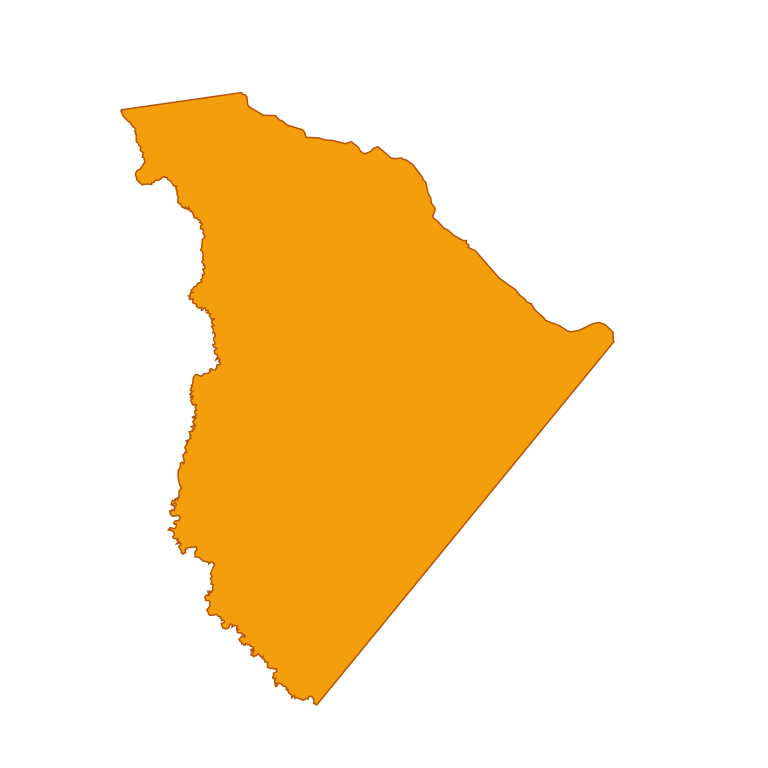 the district of Santa Rosalía, Vichada, Colombia, rotated 82°
{"feature_id": "7082276B93791485890149", "entity_name": "Santa Rosalía", "entity_type": "district", "adm_level": 2, "iso_a3": "COL", "parent_name": "Colombia", "parent_adm1": "Vichada", "projection": "mercator", "projection_center": [-70.657, 5.042], "detail": "fine", "context": "isolated", "style": "filled", "palette": "amber", "viewbox_px": 768, "rotation_deg": 82, "n_neighbors": 0, "source": "geoboundaries", "source_scale": "gbopen_adm2", "svg_char_len": 6152}
<svg xmlns="http://www.w3.org/2000/svg" viewBox="0 0 768 768"><g transform="rotate(82 384 384)"><path d="M75.6,484.3L75.9,605.6L76.9,605.4L77.0,606.4L82.2,605.0L88.4,600.7L90.0,598.5L91.3,598.6L94.8,596.4L94.9,595.5L97.3,594.4L99.2,595.8L100.6,594.6L101.3,595.3L103.0,594.6L109.4,595.6L111.7,593.7L114.0,593.3L115.2,591.9L118.8,592.8L121.9,590.0L123.9,591.2L125.3,590.8L125.7,591.6L126.9,590.0L131.2,590.1L137.6,595.8L137.6,597.5L139.0,599.5L141.7,601.0L148.0,600.0L153.1,595.8L152.9,590.9L154.1,586.3L152.4,586.0L152.2,583.5L150.2,581.8L151.0,578.9L148.3,573.9L148.2,571.8L148.8,571.9L149.5,569.8L151.4,569.7L153.1,567.1L158.8,564.4L159.3,561.9L161.0,562.9L164.0,562.2L168.0,562.5L169.7,561.7L175.6,562.9L177.9,560.2L180.6,559.3L182.5,556.5L181.1,556.0L183.2,554.8L182.1,553.0L184.0,553.8L184.0,551.8L186.1,551.9L185.9,550.6L190.7,548.8L192.3,549.1L193.6,547.7L193.3,546.3L195.5,545.2L196.4,543.3L197.9,543.0L198.3,544.0L200.5,541.6L201.4,543.2L204.7,544.2L205.4,542.0L206.7,541.5L209.6,542.3L212.4,540.7L213.9,541.3L215.6,543.8L223.8,545.5L226.0,547.0L227.6,545.3L231.6,545.1L233.4,546.1L235.3,545.7L237.8,547.4L240.0,545.8L241.5,546.3L241.2,545.5L242.7,544.9L245.0,546.1L245.1,547.4L250.1,546.4L251.0,547.3L250.2,548.6L254.0,548.9L255.3,550.9L257.5,550.3L258.4,554.7L260.8,556.2L261.6,559.0L263.5,560.3L263.8,561.7L265.6,562.0L266.6,560.8L266.7,562.8L268.8,563.5L269.6,565.3L270.7,564.0L271.7,564.9L273.3,564.7L273.2,561.2L277.0,562.1L278.8,558.7L281.1,558.8L283.1,556.8L282.8,554.0L285.3,554.7L285.8,554.3L283.5,550.8L284.7,550.0L286.5,550.4L286.7,547.9L288.3,548.1L288.8,549.5L290.6,546.1L292.2,547.5L296.0,545.7L295.6,542.5L298.0,546.1L299.7,546.1L302.7,544.3L302.9,546.8L306.3,545.2L309.6,546.3L309.5,545.1L311.0,544.2L311.9,544.9L313.5,544.5L314.4,546.1L316.1,546.7L320.3,545.4L321.0,545.9L321.0,547.9L321.8,548.1L323.7,547.2L325.7,543.9L325.6,545.2L327.6,547.5L330.5,547.2L332.0,545.0L333.2,544.7L336.7,547.1L335.7,543.7L337.5,543.0L338.6,544.5L340.3,543.2L341.7,543.3L342.1,547.0L344.5,547.5L346.7,549.3L346.6,551.4L344.7,552.9L345.3,554.7L347.7,554.6L349.0,556.9L348.7,560.9L351.0,563.7L348.2,569.1L350.8,571.8L357.8,573.7L358.7,575.1L359.4,574.4L363.0,576.6L363.3,575.7L364.5,575.8L364.7,574.4L367.3,577.7L370.0,574.6L370.5,575.8L369.5,576.7L370.4,577.5L372.2,575.9L373.1,577.6L377.4,576.6L378.7,575.6L377.8,574.1L378.4,572.7L380.8,574.2L383.9,573.2L384.0,575.0L386.2,575.6L388.7,574.2L390.0,576.4L389.5,577.1L390.1,578.3L391.1,577.7L391.5,576.3L390.5,576.1L391.3,574.8L394.9,578.7L399.1,576.3L399.8,577.6L398.5,578.6L399.6,579.6L399.0,581.5L402.1,577.8L403.0,580.4L404.1,580.1L404.2,583.3L408.3,583.2L408.5,582.3L409.8,583.3L410.9,583.1L411.2,584.3L413.7,586.0L412.3,586.4L412.8,587.9L415.0,586.9L419.2,590.1L423.8,588.8L424.0,590.7L425.4,591.3L426.2,593.0L433.8,592.6L435.2,593.6L433.3,594.5L434.0,596.6L438.0,597.3L441.3,599.9L448.0,600.9L454.2,600.5L459.4,598.9L459.8,600.4L460.9,600.6L461.8,601.9L467.8,602.7L467.9,604.2L469.8,604.3L468.7,605.6L468.8,607.0L470.6,606.9L469.8,609.7L473.9,611.7L474.7,610.5L472.8,607.7L473.2,606.8L474.7,606.5L475.6,609.3L477.6,607.6L478.6,609.1L480.0,609.2L479.0,611.5L480.1,612.4L479.9,613.9L483.5,613.4L485.3,612.2L485.8,608.7L485.2,607.1L487.2,604.1L491.0,606.3L490.3,607.7L490.8,610.3L492.5,611.7L493.5,611.4L493.5,609.4L496.3,609.6L497.7,610.7L498.0,611.9L496.5,616.0L498.5,617.9L499.9,614.1L501.5,612.6L504.1,612.6L505.9,614.5L507.6,613.8L508.6,609.4L510.1,610.8L511.3,609.2L513.4,611.6L513.4,609.1L512.5,608.5L513.9,607.4L514.7,607.4L516.4,609.9L521.3,607.8L522.9,608.4L523.2,607.0L524.6,606.8L523.2,604.0L520.3,604.0L519.9,602.2L518.8,601.4L519.1,592.6L522.0,592.4L523.9,594.6L528.8,595.2L530.1,591.0L533.9,588.1L536.0,582.8L537.8,582.6L535.9,579.6L538.6,576.8L548.0,582.3L550.4,580.9L552.5,583.1L554.6,582.0L558.0,583.2L558.9,580.9L560.6,581.9L564.0,582.2L566.3,583.7L564.8,585.1L567.5,585.9L565.3,586.4L564.9,587.3L568.7,586.7L568.2,589.1L570.2,591.0L573.4,590.8L574.2,587.7L575.3,586.7L579.9,587.5L583.2,590.9L588.4,589.1L589.2,586.9L588.9,581.8L591.3,580.2L591.6,578.2L593.1,578.5L594.2,577.3L595.6,577.9L595.9,575.4L596.9,574.9L597.9,575.3L598.6,578.5L603.1,577.6L604.4,574.9L604.5,572.9L603.5,571.4L600.2,569.5L601.1,567.5L603.6,568.4L602.4,565.7L603.1,562.9L605.3,564.0L606.7,562.6L607.1,564.0L609.9,563.6L610.8,559.7L611.9,559.4L612.7,557.4L614.3,556.5L615.3,557.3L614.0,558.5L613.8,560.0L616.6,563.0L618.9,562.3L619.5,560.9L621.5,560.9L621.9,559.5L623.2,559.1L623.0,557.6L621.7,557.3L621.7,556.4L623.4,555.4L623.3,553.2L625.2,552.7L625.8,550.5L627.9,550.0L628.5,552.8L630.7,552.7L629.1,550.0L629.8,549.6L632.0,550.9L633.1,553.2L634.0,553.2L634.4,552.0L635.9,551.3L634.9,550.3L635.6,548.8L633.6,546.2L637.4,543.5L636.7,541.8L639.0,542.7L639.4,541.1L642.8,540.5L643.7,537.8L648.1,539.0L650.0,536.1L649.7,534.0L650.9,532.8L650.9,530.0L654.0,530.6L655.1,533.8L657.0,533.8L658.9,535.1L660.2,534.8L660.4,532.1L662.1,533.5L668.1,533.7L668.4,532.8L667.3,531.1L665.3,531.9L666.5,527.7L669.2,525.6L670.0,523.2L671.3,522.7L673.0,523.5L673.2,521.5L674.2,522.0L677.4,520.9L679.0,518.8L682.0,519.0L680.0,516.4L680.9,515.5L682.8,516.2L682.5,514.0L686.1,507.7L684.4,504.8L685.6,503.2L683.0,502.2L683.0,500.2L684.3,498.0L685.8,498.0L686.8,497.1L690.4,498.1L692.4,495.2L374.0,150.4L372.7,151.0L366.0,150.1L364.2,150.3L358.3,154.8L355.8,157.3L353.1,162.1L353.3,168.3L357.9,183.1L358.5,191.5L356.8,195.2L350.7,202.1L343.6,215.1L340.6,216.7L331.6,224.3L325.0,227.1L322.8,231.1L320.0,232.4L314.7,237.4L309.0,240.5L295.5,255.0L264.5,275.2L260.5,281.8L258.7,280.5L255.8,282.9L253.4,282.5L253.1,285.5L246.2,294.6L240.7,299.1L238.2,302.9L229.6,308.8L226.9,311.9L224.3,312.4L220.2,309.7L216.8,309.0L211.7,311.9L206.5,311.8L200.8,313.9L190.1,314.5L187.2,316.8L184.6,317.2L170.7,325.0L165.3,330.6L164.4,333.3L162.6,335.3L162.4,341.7L161.1,345.7L148.1,357.0L149.2,361.5L151.9,365.2L153.2,369.7L152.8,372.4L149.9,375.0L146.2,376.4L139.5,382.6L140.7,388.8L135.7,400.9L134.0,408.6L131.2,414.4L128.9,426.9L123.5,427.6L121.0,429.2L114.2,443.7L109.6,447.9L107.9,450.7L103.1,454.4L101.1,466.1L90.6,479.1L88.2,480.1L80.6,479.8L78.4,481.2L77.5,483.7L75.6,484.3Z" fill="#f59e0b" stroke="#b45309" stroke-width="1.5"/></g></svg>